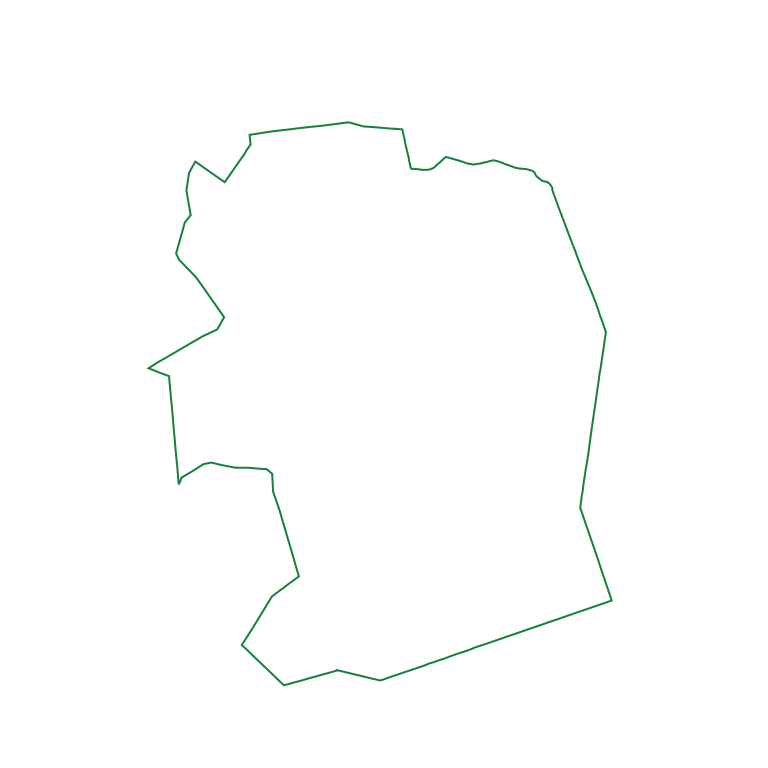 Linguere, Louga, Senegal, rotated 161°
{"feature_id": "50182788B14678638932037", "entity_name": "Linguere", "entity_type": "district", "adm_level": 2, "iso_a3": "SEN", "parent_name": "Senegal", "parent_adm1": "Louga", "projection": "natural_earth1", "projection_center": [-15.296, 15.307], "detail": "fine", "context": "isolated", "style": "outline", "palette": "green", "viewbox_px": 768, "rotation_deg": 161, "n_neighbors": 0, "source": "geoboundaries", "source_scale": "gbopen_adm2", "svg_char_len": 5734}
<svg xmlns="http://www.w3.org/2000/svg" viewBox="0 0 768 768"><g transform="rotate(161 384 384)"><path d="M239.0,134.5L239.0,137.8L238.9,142.9L238.8,148.7L238.8,159.8L238.8,170.7L238.8,181.6L238.8,192.6L238.7,199.6L238.8,200.9L238.9,202.0L238.8,202.3L238.4,203.8L234.8,211.0L233.0,214.7L232.9,214.9L232.3,215.7L231.8,216.7L230.1,219.9L227.2,226.0L225.6,228.9L221.3,237.2L217.4,244.3L216.2,246.4L215.3,248.4L214.2,250.2L212.6,253.3L209.5,259.6L203.8,270.9L198.0,282.2L192.6,292.6L192.4,293.0L192.2,293.4L186.4,304.7L180.6,315.9L177.6,322.1L176.9,323.2L176.1,325.0L174.7,327.1L174.6,327.4L172.6,331.3L172.5,331.6L172.4,331.6L168.9,338.4L163.1,349.6L157.3,360.9L157.3,365.9L157.3,370.9L157.3,375.9L157.5,376.8L157.3,384.6L157.3,388.1L157.4,389.2L157.4,392.3L157.4,393.9L157.6,398.3L157.8,402.9L158.1,408.4L158.2,408.7L158.2,409.3L158.2,410.1L158.5,414.1L158.9,420.7L159.4,427.3L159.5,430.9L159.7,437.7L159.7,438.2L159.9,443.6L159.9,448.2L160.3,455.4L160.3,459.4L160.5,462.2L160.7,469.6L160.9,477.1L161.1,484.5L161.3,490.6L161.5,496.5L161.5,500.5L161.6,504.5L161.7,508.5L161.7,512.3L161.1,514.8L161.7,517.7L162.5,519.9L163.1,520.5L163.8,521.9L165.4,522.9L166.4,523.1L166.9,523.6L167.8,524.1L168.4,524.9L169.1,525.8L169.6,526.8L170.2,527.8L170.8,528.5L171.3,529.3L171.8,530.1L172.3,531.2L172.6,532.0L172.6,533.4L172.8,534.5L173.0,535.5L173.6,536.4L174.5,537.3L175.4,538.1L176.8,538.9L177.7,539.7L177.8,539.8L178.8,540.3L179.9,541.1L181.3,541.5L182.8,542.4L185.5,543.5L187.0,544.3L189.0,545.6L190.2,546.2L192.0,548.0L193.1,548.7L195.8,551.0L197.5,552.2L199.3,553.8L202.0,556.0L203.8,557.5L206.2,559.0L206.9,559.4L207.0,559.5L208.3,560.0L209.0,560.1L209.6,560.2L210.5,560.2L211.0,560.3L211.7,560.3L212.5,560.4L213.2,560.5L214.4,560.3L215.2,560.4L216.2,560.8L217.0,560.9L217.9,560.9L218.9,560.9L219.8,561.0L220.8,561.1L221.3,561.1L222.5,561.5L223.3,561.6L224.4,561.8L225.5,562.0L226.8,562.2L227.7,562.5L228.5,562.5L229.2,563.0L229.7,563.4L230.8,564.0L231.6,564.2L232.2,564.8L233.2,565.4L234.0,565.8L235.0,566.6L236.5,567.8L237.2,568.6L238.2,569.1L239.3,570.0L239.7,570.3L240.9,571.2L242.2,572.1L243.4,572.8L244.6,573.8L245.7,574.5L246.9,575.3L248.2,576.3L249.2,577.0L250.7,577.9L251.3,578.4L252.2,578.4L252.9,578.1L253.7,577.8L254.3,577.5L255.5,577.0L256.7,576.4L258.0,575.8L259.2,575.3L260.2,575.0L261.1,574.6L261.7,574.3L262.6,574.0L263.5,573.6L264.3,573.2L264.6,573.1L265.1,572.8L265.8,572.5L266.5,572.3L267.1,572.2L267.8,572.1L268.8,572.1L269.5,572.0L270.2,571.9L270.9,571.9L271.5,572.1L272.5,572.3L273.5,572.5L274.5,572.8L275.4,573.1L276.1,573.4L276.8,573.6L277.0,573.6L277.4,573.7L278.3,574.1L279.3,574.6L280.1,575.0L281.0,575.6L282.2,576.2L283.6,576.7L285.1,577.6L285.9,577.8L286.9,578.0L287.8,578.3L288.2,578.7L288.2,579.6L288.4,580.9L288.1,581.8L288.1,582.9L287.8,583.9L287.8,584.9L287.6,585.9L287.5,587.8L287.0,589.3L286.9,590.8L286.7,592.6L286.6,594.3L286.5,595.6L286.2,597.4L286.1,599.0L286.0,601.4L285.7,602.9L285.6,604.8L285.2,606.8L284.9,609.1L284.8,610.2L284.8,610.3L283.8,618.8L291.5,622.1L298.5,625.1L305.5,628.2L312.5,631.2L319.5,634.2L325.6,638.4L331.8,642.7L334.8,643.5L340.3,644.6L345.9,645.7L351.4,646.9L356.9,648.0L361.2,649.0L365.4,650.0L369.7,651.0L374.1,652.0L378.6,653.0L383.0,654.0L390.5,655.5L396.6,656.9L402.7,658.2L408.8,659.5L411.9,660.1L414.1,660.5L419.4,661.4L424.7,662.4L430.0,663.3L432.2,653.8L438.1,649.6L441.1,646.8L450.3,640.3L459.5,633.5L468.9,626.7L476.1,636.5L483.0,646.0L489.9,655.7L494.5,651.8L499.8,646.7L502.5,641.6L505.1,636.5L507.8,631.4L508.8,625.2L509.8,619.0L510.8,612.8L511.8,606.6L519.8,601.5L524.3,594.9L528.9,588.3L533.5,581.7L538.1,575.1L537.3,568.3L533.9,560.9L530.4,553.5L527.0,546.1L524.2,536.8L521.5,527.4L518.8,518.0L516.1,508.6L513.4,499.2L514.4,498.4L523.8,489.9L529.1,489.3L534.4,488.7L539.7,488.2L548.3,486.5L556.8,484.8L565.4,483.1L573.9,481.4L582.5,479.7L591.0,478.1L594.5,477.2L598.0,476.4L601.4,475.5L593.5,468.6L584.7,461.4L586.6,454.0L587.6,449.7L590.5,438.0L591.8,432.3L593.3,426.3L596.2,414.6L599.2,402.9L599.7,400.4L600.4,397.8L602.1,391.2L604.9,379.5L607.7,368.0L608.7,363.9L609.8,359.8L610.7,355.8L605.8,361.4L600.5,362.5L595.1,363.6L589.8,364.8L580.8,367.0L572.8,365.9L563.9,360.2L555.9,355.6L551.9,353.3L547.6,351.8L543.2,350.3L538.9,348.7L528.9,344.2L522.9,341.9L518.9,335.5L519.4,334.1L520.6,329.9L522.2,324.2L523.9,318.5L523.9,311.7L523.9,304.9L523.9,298.0L524.4,288.3L524.8,278.5L525.3,268.8L525.7,259.1L526.2,249.3L526.7,239.6L527.1,229.8L533.5,227.8L539.9,225.8L546.3,223.7L552.7,221.7L559.1,219.6L566.5,213.5L573.8,207.4L581.2,201.3L588.6,195.2L593.5,191.3L598.5,187.4L603.5,183.5L600.3,177.7L594.6,166.3L588.6,154.8L582.7,143.4L579.9,137.8L576.8,131.8L573.9,131.5L567.4,131.1L562.6,130.8L562.1,130.7L558.4,130.5L549.3,130.1L543.7,129.7L542.4,129.6L542.1,129.6L540.1,129.5L530.9,128.9L521.9,128.4L521.7,128.8L518.9,127.0L516.8,125.7L512.4,122.9L503.0,116.9L493.8,111.0L484.1,104.9L480.2,104.8L479.0,104.8L475.1,104.9L465.8,104.8L456.4,104.8L447.2,104.7L443.5,104.7L439.8,104.7L436.1,104.7L435.8,104.7L435.8,104.8L432.6,105.0L427.4,104.8L422.1,104.9L417.0,104.7L411.6,104.9L406.5,105.0L401.3,105.0L398.1,105.0L395.9,104.8L393.6,104.9L390.8,104.9L387.9,104.9L387.4,104.9L385.5,105.2L381.5,105.2L381.2,105.2L380.3,105.2L375.0,105.1L369.8,105.1L364.5,105.1L359.3,105.1L354.1,105.1L348.8,105.1L343.6,105.1L338.3,105.1L333.1,105.1L327.9,105.1L322.6,105.1L317.4,105.1L312.2,105.1L306.9,105.1L301.7,105.1L296.4,105.1L291.2,105.1L287.6,105.1L287.1,105.1L280.7,105.1L275.5,105.1L270.2,105.1L265.0,105.1L259.8,105.1L254.5,105.1L249.3,105.1L244.1,105.1L239.2,105.1L239.2,105.6L239.1,110.3L239.1,113.2L239.2,115.1L239.0,116.7L239.1,118.6L239.1,120.4L239.1,122.4L239.1,126.2L239.0,128.8L239.1,131.9L239.0,134.5Z" fill="none" stroke="#15803d" stroke-width="2"/></g></svg>